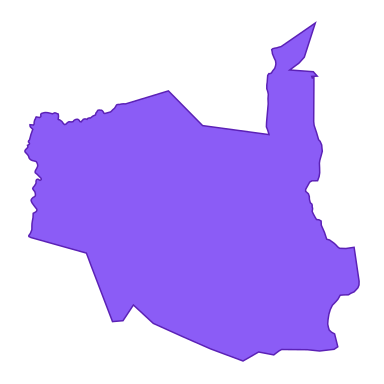 outline of Santiago Miltepec, Oaxaca, Mexico
{"feature_id": "50627088B74886386761590", "entity_name": "Santiago Miltepec", "entity_type": "district", "adm_level": 2, "iso_a3": "MEX", "parent_name": "Mexico", "parent_adm1": "Oaxaca", "projection": "natural_earth1", "projection_center": [-97.734, 17.988], "detail": "fine", "context": "isolated", "style": "filled", "palette": "violet", "viewbox_px": 384, "rotation_deg": 0, "n_neighbors": 0, "source": "geoboundaries", "source_scale": "gbopen_adm2", "svg_char_len": 4303}
<svg xmlns="http://www.w3.org/2000/svg" viewBox="0 0 384 384"><path d="M315.3,23.0L281.1,46.6L278.8,47.2L276.6,47.9L275.0,48.1L272.8,48.7L271.7,49.6L272.2,51.9L272.4,53.7L273.1,55.4L274.3,58.3L275.5,60.7L275.9,63.8L275.5,66.0L274.7,68.4L272.7,70.9L271.4,73.0L269.8,73.7L268.9,73.6L267.7,75.4L267.4,79.2L267.2,82.4L267.0,83.5L266.8,85.2L266.8,88.8L267.4,90.4L267.9,92.2L268.3,94.3L268.0,98.7L268.2,103.9L266.6,121.8L266.5,123.7L266.4,126.9L267.5,129.6L268.7,133.4L269.0,134.6L202.6,125.6L168.4,90.9L125.5,103.9L125.2,103.9L123.5,103.8L121.5,104.0L120.1,104.3L119.3,104.5L118.3,104.4L116.9,104.7L116.3,105.3L115.6,106.6L114.5,108.3L112.6,109.9L111.9,110.7L110.6,111.9L106.6,113.0L104.8,113.5L103.9,113.2L103.5,112.3L102.4,110.8L101.5,110.2L100.5,110.2L99.5,110.0L98.0,110.2L97.2,111.2L96.8,112.0L95.9,113.1L95.5,114.9L92.8,116.1L90.4,118.0L89.3,117.9L87.8,118.4L87.0,119.4L86.1,119.0L84.8,118.9L83.3,119.3L82.5,120.3L81.8,121.0L81.1,121.9L80.3,121.7L80.0,121.6L79.8,121.4L79.4,120.6L78.7,119.9L77.8,119.3L76.6,119.3L75.3,119.6L73.9,120.5L73.1,121.6L71.9,121.9L70.5,121.9L69.8,121.8L69.1,121.7L68.2,122.1L67.0,123.0L66.1,124.0L65.0,124.5L64.4,124.5L63.9,124.0L63.1,123.2L62.6,122.4L61.8,121.4L59.6,119.8L58.8,119.7L58.2,119.4L58.3,118.1L58.5,116.9L58.4,115.1L58.1,113.9L57.0,113.6L56.0,113.1L54.8,112.8L53.8,113.2L52.5,113.8L51.7,113.6L50.8,113.4L49.7,113.1L47.8,112.7L46.9,112.6L45.7,112.5L44.5,112.6L43.3,112.9L42.3,113.2L42.0,113.3L41.6,113.4L41.1,113.8L40.8,114.3L40.7,115.1L40.9,115.7L40.9,116.1L40.8,116.6L40.6,116.8L39.6,117.5L37.8,117.2L36.2,116.9L35.5,118.3L35.2,119.4L34.7,119.9L34.5,120.7L34.1,122.4L34.2,123.5L33.9,124.2L33.5,125.0L30.0,124.7L30.0,126.0L30.5,127.1L32.8,129.3L31.8,132.1L30.8,134.9L30.5,136.2L29.5,139.9L28.6,140.9L28.5,141.4L28.4,141.9L29.0,142.5L29.3,143.0L29.5,143.5L29.4,144.0L29.0,144.4L28.4,144.9L27.5,145.3L27.8,146.1L27.8,146.6L27.8,147.2L27.4,147.8L26.3,148.9L25.5,149.7L25.0,150.6L24.9,151.2L25.1,152.0L26.0,153.0L27.3,154.4L28.1,155.4L28.7,156.6L29.0,157.8L29.7,158.9L30.9,159.9L32.2,160.5L34.3,161.0L35.7,161.4L36.4,161.8L37.0,162.9L37.5,164.2L37.7,165.4L37.6,166.4L36.7,168.4L35.8,169.9L35.4,170.7L35.2,171.3L35.1,172.1L35.3,172.8L37.0,174.2L39.2,176.4L40.8,178.0L41.2,178.7L41.3,179.1L41.2,179.5L40.7,180.0L40.4,180.1L40.2,180.3L39.8,180.3L38.7,179.6L38.3,179.3L37.7,179.2L37.0,179.4L36.5,179.8L36.2,180.4L36.0,181.4L36.1,182.1L36.0,182.9L35.8,183.7L35.3,184.5L34.7,185.5L33.9,186.6L33.3,187.2L32.9,188.0L32.7,188.6L32.9,189.1L33.7,190.3L34.5,191.3L34.9,192.0L35.2,193.0L35.3,193.6L35.4,194.4L35.4,195.2L35.3,195.8L34.9,196.3L34.4,196.8L33.7,197.1L32.9,197.6L31.7,198.9L31.3,199.5L31.1,200.5L31.5,201.7L32.2,203.1L34.0,205.6L36.0,208.2L36.6,208.8L36.9,209.7L36.8,210.5L36.4,211.3L35.6,212.0L34.7,212.5L33.2,213.3L33.0,217.7L32.4,220.9L32.0,223.6L31.9,226.1L31.9,227.6L31.9,228.7L31.8,229.9L31.2,231.3L30.5,233.1L29.8,234.2L29.2,235.0L28.8,235.6L28.8,236.1L28.9,236.5L29.1,236.7L29.9,237.0L30.8,237.5L32.2,237.9L86.4,253.1L88.6,258.9L91.0,265.4L112.5,321.6L123.0,320.7L133.4,305.0L153.3,323.4L182.6,336.6L194.4,341.8L210.6,348.9L243.0,361.0L258.6,352.0L273.8,354.9L276.5,352.8L279.2,350.8L281.6,349.5L307.3,349.7L319.6,351.0L334.1,349.3L337.8,346.8L334.6,333.9L331.5,332.2L329.2,330.0L328.4,327.3L327.7,324.1L328.0,319.9L328.9,314.2L330.3,309.5L332.4,305.2L334.4,303.2L335.9,301.6L337.9,299.3L340.2,295.2L344.0,294.9L348.5,294.8L350.6,293.4L354.2,291.8L357.9,287.8L359.0,285.0L359.1,281.2L354.1,247.3L345.9,248.5L343.0,248.4L339.6,248.3L337.7,246.9L336.1,245.1L334.3,243.4L329.6,240.0L326.7,239.2L324.5,232.5L321.3,225.2L321.1,221.0L319.0,219.8L316.5,219.5L314.9,216.9L313.3,213.9L312.2,211.5L312.2,211.4L312.3,211.0L312.3,210.6L312.5,209.6L312.6,208.6L312.4,207.5L312.2,207.2L312.2,205.2L311.9,204.2L311.7,203.9L311.1,203.4L310.5,203.0L310.1,202.0L309.6,200.1L309.4,199.0L309.3,196.4L308.4,193.8L306.4,192.0L305.7,191.4L305.6,191.1L305.7,189.8L305.7,189.3L309.7,182.1L312.0,180.8L314.9,180.8L317.6,180.7L319.1,176.6L319.7,172.8L319.6,167.9L319.4,163.1L319.8,160.4L321.4,154.7L322.3,151.2L322.0,148.5L321.7,145.0L320.1,141.3L318.6,139.7L316.6,132.8L314.1,125.3L313.7,121.6L313.9,85.0L313.9,77.3L312.3,78.0L311.7,76.4L317.2,76.1L313.3,71.7L307.8,71.3L298.2,70.6L289.7,70.0L299.1,63.0L304.3,57.2L315.3,23.0Z" fill="#8b5cf6" stroke="#5b21b6" stroke-width="1.5"/></svg>